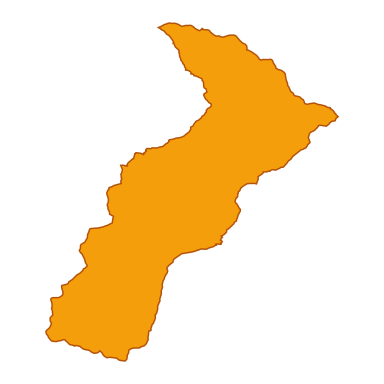 Borca, Suceava, Romania (Natural Earth projection)
{"feature_id": "2599482B12021264945319", "entity_name": "Borca", "entity_type": "district", "adm_level": 2, "iso_a3": "ROU", "parent_name": "Romania", "parent_adm1": "Suceava", "projection": "natural_earth1", "projection_center": [25.789, 47.198], "detail": "fine", "context": "isolated", "style": "filled", "palette": "amber", "viewbox_px": 384, "rotation_deg": 0, "n_neighbors": 0, "source": "geoboundaries", "source_scale": "gbopen_adm2", "svg_char_len": 5907}
<svg xmlns="http://www.w3.org/2000/svg" viewBox="0 0 384 384"><path d="M125.2,361.0L126.9,359.0L127.3,355.2L128.6,352.8L128.8,350.4L129.2,349.9L131.2,348.7L133.0,348.1L139.5,347.9L140.7,347.0L144.4,345.7L146.5,343.5L146.9,342.0L147.9,340.5L148.1,339.8L148.0,336.6L148.5,334.9L148.6,331.8L149.2,330.7L150.4,330.8L151.1,330.0L150.9,328.2L151.9,325.8L151.9,325.0L153.6,323.0L153.8,321.8L154.7,320.4L155.4,317.3L155.1,315.0L156.4,313.7L157.7,309.0L157.6,307.1L158.1,304.8L158.8,303.8L158.8,302.9L159.9,301.3L159.8,298.9L161.3,294.0L161.3,291.8L161.1,291.1L162.5,287.4L162.1,284.8L162.8,282.4L162.9,281.2L164.4,278.5L164.7,277.0L166.3,274.0L166.9,273.4L167.6,271.5L167.6,270.2L166.9,269.2L167.1,268.6L166.9,267.9L167.1,267.3L169.4,264.9L173.0,262.1L173.2,260.6L173.8,259.2L181.7,253.7L192.0,252.0L195.7,251.0L197.1,250.2L198.3,250.1L200.8,249.0L206.6,249.2L208.5,248.1L213.8,246.5L214.3,245.9L216.4,245.1L215.8,244.2L216.1,243.9L221.0,244.3L221.1,243.8L220.5,243.7L220.7,243.2L221.3,243.5L222.2,241.4L220.3,240.1L222.4,237.2L221.2,236.1L223.9,234.7L225.6,233.1L226.5,232.0L226.8,229.7L228.3,229.0L233.7,223.9L234.4,222.2L236.4,221.1L236.7,219.2L237.3,218.1L238.2,214.9L240.2,211.3L240.4,209.5L239.2,208.1L236.9,204.0L235.4,202.4L235.0,201.5L236.1,198.0L237.2,197.4L237.7,196.3L237.6,194.6L238.1,193.7L238.5,191.6L239.7,190.8L240.8,188.1L242.8,186.4L246.9,183.8L249.0,183.5L254.5,183.4L256.5,183.9L258.2,178.9L258.1,176.6L262.0,174.0L263.1,172.9L263.2,172.0L267.2,171.8L268.4,171.1L270.0,171.2L270.9,170.2L272.3,169.6L275.6,170.1L279.8,168.2L281.0,167.3L283.2,167.2L286.8,163.3L288.4,160.9L290.9,159.2L292.5,156.7L300.9,149.9L303.2,149.2L306.2,147.6L306.4,146.9L307.2,146.0L307.7,144.7L310.0,142.6L309.9,141.8L308.3,137.6L309.6,133.2L311.1,132.0L313.1,131.2L314.8,130.1L317.5,127.4L318.6,125.5L321.2,125.3L326.3,126.2L329.4,123.7L329.8,122.8L331.5,121.5L335.2,120.7L336.0,118.3L337.5,117.4L338.1,116.6L336.2,115.0L335.6,113.6L334.4,112.8L334.2,112.0L333.3,110.9L332.2,109.8L330.3,108.8L330.6,108.2L330.0,107.7L327.3,107.3L325.3,106.0L320.6,104.8L318.6,104.6L314.2,103.0L309.1,103.8L308.0,104.3L305.2,103.8L304.5,103.0L304.0,101.2L303.1,99.6L301.4,98.7L300.3,97.3L298.6,96.6L294.8,95.8L294.1,95.1L293.0,93.1L291.0,91.7L290.6,91.1L288.6,86.6L287.6,85.4L287.5,83.0L286.6,81.2L286.0,79.2L285.2,73.8L283.6,71.9L281.2,70.3L278.4,69.6L275.9,68.2L275.8,66.7L273.1,62.5L272.5,60.4L271.2,59.5L270.1,59.3L268.2,59.6L262.9,59.5L260.9,60.1L259.2,59.1L258.6,57.8L256.6,55.4L252.1,52.2L248.5,50.2L246.9,50.1L247.0,48.0L246.6,45.7L244.9,44.0L243.5,43.5L242.2,42.7L239.9,40.6L236.2,36.2L235.0,35.5L234.1,35.1L229.2,35.2L222.9,37.2L221.0,36.9L218.8,35.8L216.9,36.3L214.4,35.3L210.6,32.3L209.4,30.6L207.7,29.8L204.5,29.8L202.8,29.4L202.7,28.6L202.0,28.5L200.6,30.1L199.4,30.7L195.6,28.8L194.6,28.1L193.3,26.7L191.2,25.5L189.5,25.3L188.6,25.5L185.4,25.5L182.3,26.3L180.8,25.9L179.0,24.7L176.5,23.7L174.2,23.2L171.8,23.5L169.9,23.0L168.0,23.2L166.7,23.9L164.5,24.5L160.5,26.7L158.3,27.5L158.6,27.8L159.7,28.1L161.6,29.8L164.1,31.0L166.6,34.1L168.7,35.3L169.5,36.1L173.0,40.9L173.6,42.5L173.1,43.0L173.1,43.5L173.9,43.5L175.3,46.9L179.0,50.4L178.9,52.3L179.4,53.9L179.7,56.8L180.6,58.2L180.8,60.0L182.4,62.0L183.0,63.8L184.2,64.8L184.6,66.7L185.7,68.5L185.6,70.1L187.6,70.2L190.2,71.5L191.1,72.7L190.9,73.9L193.1,74.2L193.7,74.8L194.0,75.7L194.9,75.7L197.6,76.7L202.1,78.9L202.2,80.6L203.1,81.3L203.4,82.0L203.8,86.6L204.1,87.6L204.8,88.3L205.9,88.7L206.8,91.3L206.7,92.4L204.1,93.7L204.2,94.4L203.7,95.1L204.8,97.6L206.0,99.5L207.1,100.3L208.9,102.7L210.4,103.3L211.3,104.2L211.0,106.3L209.8,107.5L207.6,108.6L206.6,110.2L206.3,110.3L206.3,112.0L205.2,113.1L204.0,115.2L202.1,116.3L201.3,117.8L198.7,120.1L196.9,120.8L195.7,121.7L194.0,124.0L192.9,126.2L191.3,126.7L190.7,127.4L190.7,129.2L189.1,132.0L187.5,133.1L186.9,133.9L185.8,134.3L184.4,135.8L181.8,137.1L178.8,137.9L176.4,138.0L173.4,139.1L169.3,139.8L168.7,140.5L169.1,141.2L167.4,143.2L166.1,143.5L165.3,144.5L163.6,145.7L162.8,146.5L159.0,147.2L157.3,148.0L152.0,147.9L150.8,148.7L147.0,148.5L145.9,149.5L145.7,150.4L146.3,150.9L145.8,151.3L146.0,151.4L144.3,153.1L144.0,152.9L143.7,153.1L143.4,153.5L143.9,154.2L143.5,154.6L140.8,153.3L135.9,152.7L135.1,153.9L134.8,153.8L133.7,158.2L133.0,159.0L132.6,158.9L128.1,162.9L127.0,164.7L127.0,165.1L127.5,165.7L127.1,166.2L123.2,165.2L120.7,165.3L122.4,169.5L121.9,172.4L120.9,174.2L121.3,176.7L121.1,177.5L121.8,178.3L120.9,180.8L120.9,182.7L121.3,183.5L113.6,185.6L111.5,187.0L110.3,187.1L109.1,187.8L108.8,188.1L109.0,189.3L107.9,190.3L106.8,192.7L106.9,194.7L107.7,196.0L107.6,196.6L108.4,198.6L108.3,202.3L107.4,204.0L107.3,205.8L108.1,207.5L107.9,208.8L109.5,212.2L109.6,214.2L113.5,216.3L112.7,219.3L112.3,222.9L106.6,225.7L105.8,225.8L102.3,227.2L101.3,227.2L98.9,227.9L90.4,228.6L89.8,229.0L89.2,230.3L89.2,231.0L87.6,234.6L87.3,238.2L86.3,239.4L85.0,242.0L81.0,244.5L80.5,245.5L80.4,248.5L79.3,250.5L80.6,252.8L82.1,254.0L83.0,256.2L83.9,257.5L85.0,260.5L84.9,261.0L85.7,263.0L87.1,265.2L87.1,266.1L85.2,268.1L83.5,268.8L82.6,270.8L79.8,273.3L77.0,274.9L72.4,279.5L68.9,281.8L68.0,283.6L67.3,284.1L61.9,285.5L61.6,285.8L61.8,288.0L62.8,291.6L63.0,293.8L62.6,294.9L61.5,296.0L58.8,297.6L53.0,297.7L51.5,298.1L50.8,299.0L50.7,299.6L51.8,302.4L52.2,305.7L51.6,308.4L52.5,311.3L52.5,313.1L52.8,314.6L52.7,315.0L50.4,317.5L50.1,318.4L50.2,320.7L51.3,323.2L51.2,324.3L49.9,327.2L48.6,328.7L46.4,330.6L45.9,331.7L46.4,333.9L47.9,335.7L48.3,337.0L50.1,339.5L51.5,340.9L52.3,341.2L56.2,341.6L59.3,340.7L60.8,340.7L63.1,339.7L64.8,339.7L65.9,341.0L67.4,342.2L69.8,344.7L72.2,345.0L74.7,346.1L75.0,345.7L76.1,345.5L79.8,346.3L82.6,348.6L84.3,349.4L88.8,350.2L90.1,350.9L91.2,351.9L93.8,353.2L94.4,353.3L97.2,352.9L98.4,352.3L99.8,350.8L102.0,352.8L102.6,354.0L104.2,356.1L106.1,357.3L106.9,357.7L109.5,357.3L112.7,357.6L116.9,358.2L118.4,359.7L120.1,360.4L125.2,361.0Z" fill="#f59e0b" stroke="#b45309" stroke-width="1.5"/></svg>